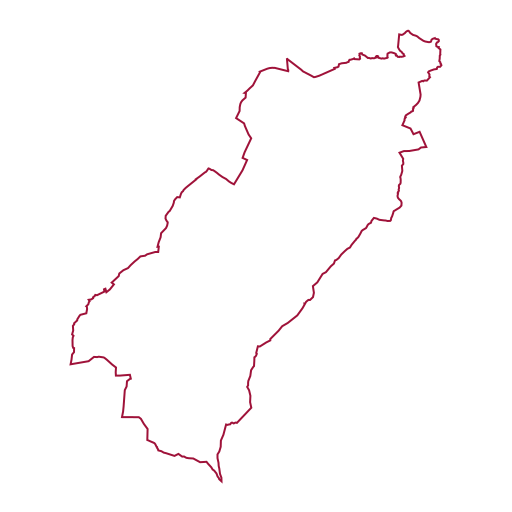 outline of Calnic, Alba, Romania
{"feature_id": "2599482B71392361951203", "entity_name": "Calnic", "entity_type": "district", "adm_level": 2, "iso_a3": "ROU", "parent_name": "Romania", "parent_adm1": "Alba", "projection": "orthographic", "projection_center": [23.664, 45.882], "detail": "fine", "context": "isolated", "style": "outline", "palette": "rose", "viewbox_px": 512, "rotation_deg": 0, "n_neighbors": 0, "source": "geoboundaries", "source_scale": "gbopen_adm2", "svg_char_len": 5926}
<svg xmlns="http://www.w3.org/2000/svg" viewBox="0 0 512 512"><path d="M399.5,152.7L403.8,151.1L409.3,151.0L418.5,149.4L421.0,147.5L426.3,147.0L419.6,131.8L413.5,134.2L410.5,128.5L402.4,125.2L404.6,120.2L404.5,119.1L405.7,117.4L405.1,117.0L405.8,115.4L408.2,113.8L410.6,112.4L411.4,111.5L412.3,111.3L413.0,110.9L413.1,109.9L412.9,109.0L413.4,108.5L413.7,107.8L413.3,107.2L416.1,104.9L418.0,102.9L419.5,100.5L419.6,100.0L420.4,96.9L420.6,94.6L418.6,82.5L422.2,80.9L423.2,81.3L424.3,80.5L426.9,80.6L430.0,77.2L429.3,76.4L429.5,74.5L428.1,72.3L428.8,71.4L430.6,70.6L434.0,69.4L436.7,69.0L436.9,68.9L437.1,67.5L437.9,66.8L440.1,66.8L441.4,65.3L441.0,64.0L440.5,63.8L440.3,62.2L439.3,61.1L439.7,58.7L439.8,55.6L440.4,54.7L440.2,54.3L440.4,49.5L438.5,47.9L438.8,47.1L437.6,46.9L436.4,46.3L436.1,44.0L436.9,42.5L437.6,42.3L438.8,41.2L438.8,40.0L438.2,39.3L436.8,39.1L435.2,38.7L434.9,38.1L434.5,38.3L433.5,38.5L432.4,39.0L431.5,39.8L431.2,41.0L430.9,41.7L429.8,42.1L428.3,42.1L425.2,41.5L423.4,40.8L419.1,38.0L417.4,36.5L415.8,35.7L413.0,34.9L411.0,33.5L410.2,32.9L409.5,31.9L408.8,31.0L408.1,30.7L406.7,31.3L405.6,32.2L405.1,32.9L402.6,34.7L401.4,34.9L399.2,34.4L398.1,46.0L397.9,47.0L398.6,48.5L400.0,50.7L401.7,52.0L402.6,53.4L403.6,53.9L404.0,55.2L404.5,55.9L403.5,56.4L401.6,56.8L399.5,56.7L399.3,57.0L397.7,56.8L396.9,55.6L396.1,55.7L395.7,55.0L395.9,54.1L394.6,53.3L391.6,52.4L389.9,52.4L387.6,53.6L387.4,54.7L387.5,55.5L387.3,56.1L387.7,57.5L387.4,57.8L384.1,58.6L382.6,58.3L381.5,58.6L378.5,57.8L378.1,56.9L378.2,56.4L377.6,56.0L376.6,56.0L375.9,56.6L376.3,57.5L374.0,58.3L372.1,58.1L370.8,58.5L368.8,57.9L367.9,58.0L365.0,55.6L362.3,54.5L362.0,54.0L361.9,53.3L361.2,53.2L360.5,53.3L359.5,53.7L359.7,54.6L359.3,55.3L360.0,56.8L359.8,57.4L360.1,58.7L359.3,59.4L354.6,59.1L354.1,58.4L353.4,58.9L350.3,59.8L349.5,59.8L348.9,60.8L348.6,61.9L347.4,62.2L346.3,62.8L341.6,63.3L339.0,64.2L338.5,66.6L337.5,67.2L334.3,67.9L334.7,68.9L319.3,75.7L315.6,76.9L313.9,77.2L311.1,75.6L303.0,71.4L301.2,69.7L287.5,59.2L286.9,58.3L287.8,68.8L288.3,70.2L288.2,71.2L284.5,70.3L274.9,67.9L272.1,67.8L269.4,68.1L267.3,68.7L259.7,71.7L260.0,72.3L255.2,81.0L253.9,83.5L252.9,85.4L249.8,88.2L247.3,90.7L244.6,92.9L245.9,93.1L245.6,97.6L242.4,100.4L241.1,102.2L240.4,103.8L240.0,105.6L239.7,107.2L239.6,111.0L236.1,118.1L244.1,123.4L244.9,126.0L248.6,134.5L251.2,138.3L244.6,152.3L242.6,157.9L247.1,160.0L242.5,170.3L234.0,184.3L231.2,182.9L228.9,181.4L226.1,179.0L222.4,177.0L218.9,174.5L217.0,172.9L214.4,171.0L213.1,170.2L211.4,170.0L209.9,169.0L208.6,168.4L208.4,168.5L206.9,170.8L205.8,172.0L204.9,172.4L200.2,176.1L199.7,176.5L195.9,179.2L196.1,179.5L188.0,186.0L185.7,187.9L183.6,190.0L183.0,191.2L181.7,192.3L180.9,194.0L179.8,197.4L177.2,197.1L175.1,199.3L174.0,201.0L173.8,202.7L172.7,205.9L169.7,211.0L168.6,211.8L165.7,215.8L165.6,217.4L165.5,218.5L166.2,220.1L167.1,221.6L167.7,222.2L167.7,222.9L167.1,225.7L166.0,228.1L161.1,233.2L161.0,234.0L160.6,237.3L158.7,242.2L157.5,246.8L158.8,246.7L158.2,252.0L155.2,252.0L147.1,254.3L145.1,255.7L140.4,256.4L137.7,259.0L134.7,261.4L130.7,265.1L128.0,268.1L123.4,270.2L119.3,273.5L118.7,276.1L111.7,282.6L113.9,284.4L109.8,289.5L106.4,292.2L105.4,288.7L104.0,289.3L104.4,291.6L97.0,295.2L95.3,294.9L94.5,296.4L93.5,296.7L93.0,297.6L93.1,298.2L91.3,299.4L88.7,299.8L89.6,301.3L88.9,302.1L88.3,304.3L86.4,306.2L86.8,306.4L87.1,309.0L86.3,313.3L80.4,314.8L79.5,315.8L77.3,319.3L77.2,320.4L74.1,323.3L74.2,324.3L72.9,325.9L73.2,330.5L72.1,334.4L73.5,335.8L72.8,337.3L72.5,340.0L72.6,346.1L73.2,347.9L74.1,348.1L74.0,352.2L72.1,354.5L71.5,359.7L70.6,364.3L88.6,361.2L94.0,356.9L97.2,357.1L98.8,356.7L103.5,357.4L104.4,357.8L106.8,359.7L112.1,364.5L116.0,367.5L115.7,372.3L115.9,375.6L119.8,375.6L129.9,374.8L130.8,378.7L129.8,379.0L127.0,381.2L126.6,386.5L124.8,390.1L123.6,406.5L123.1,411.5L122.0,417.1L138.8,417.2L140.9,418.8L143.8,423.8L147.6,429.0L147.3,440.0L154.4,443.1L155.3,444.2L156.6,446.9L157.1,447.1L157.3,448.4L157.9,449.0L158.3,450.4L161.4,451.2L163.7,452.6L166.1,453.2L174.5,455.9L178.4,453.9L182.2,456.6L184.0,456.5L186.3,457.8L188.6,458.2L193.3,458.5L200.1,462.2L206.5,461.8L208.0,463.7L211.3,467.3L212.6,469.5L214.2,470.6L216.5,473.5L217.6,476.5L218.8,478.0L219.2,479.2L221.5,481.3L221.4,477.7L220.0,473.9L219.3,468.6L218.7,466.0L218.5,462.8L217.5,458.1L217.5,454.4L219.3,451.5L220.7,446.8L220.9,440.5L223.4,434.8L226.1,424.5L227.5,424.9L228.7,424.5L230.2,424.3L231.2,422.9L232.0,422.6L232.6,422.8L233.5,423.4L233.8,423.4L235.4,422.6L236.1,422.6L236.9,422.9L251.3,407.7L250.1,402.2L250.4,395.8L249.1,390.3L247.2,386.9L248.1,385.4L248.1,382.9L248.3,381.0L250.3,376.0L251.1,370.2L253.1,367.1L253.8,366.3L254.0,366.1L254.3,361.0L254.4,357.3L255.0,356.9L256.0,355.8L256.8,353.8L256.2,353.0L257.9,346.3L259.8,346.5L266.3,342.4L270.3,340.4L270.3,339.0L278.6,330.7L282.2,326.2L287.7,323.0L297.3,315.4L302.5,308.2L304.4,304.9L304.4,303.6L305.0,303.8L306.1,301.8L308.4,299.9L310.0,300.0L313.0,297.1L313.9,292.8L312.9,286.1L317.3,282.4L322.6,273.9L325.9,272.2L330.9,266.2L333.9,263.6L335.0,260.4L336.3,260.0L338.7,258.1L341.2,254.6L344.8,251.1L347.4,248.8L350.0,247.5L350.8,246.1L351.7,244.7L355.0,240.7L356.1,239.6L356.4,238.7L357.0,238.4L358.3,237.1L360.3,233.7L361.7,230.9L362.8,230.0L366.0,228.1L366.9,226.6L367.5,225.3L368.5,224.1L371.0,222.7L371.5,220.9L373.9,217.9L376.8,218.6L379.4,219.8L384.0,220.4L385.6,220.5L387.6,221.0L390.2,220.9L390.8,220.3L391.3,217.7L392.0,216.6L393.2,213.0L393.4,212.0L393.8,211.1L399.6,207.6L401.4,205.6L401.6,202.8L401.1,201.2L400.4,200.4L399.0,199.1L397.9,197.7L397.5,196.0L397.9,194.3L397.8,193.7L398.0,193.3L397.7,192.9L398.0,192.0L398.5,191.7L398.9,190.5L398.6,189.9L399.1,187.9L398.9,186.6L398.8,186.0L399.1,184.9L400.3,183.8L400.6,182.9L400.7,180.0L400.5,178.0L400.2,177.1L400.4,176.4L401.1,175.1L402.2,171.4L402.3,170.7L401.9,165.7L403.3,164.0L403.3,162.6L402.9,160.8L403.2,158.8L399.5,152.7Z" fill="none" stroke="#9f1239" stroke-width="2"/></svg>